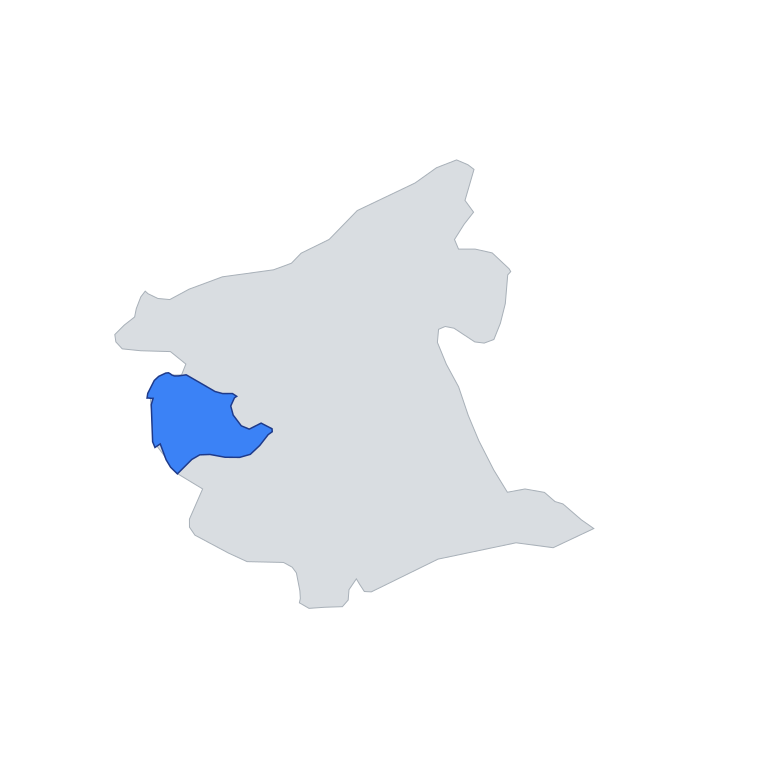 location of Plužine within Montenegro, rotated 302°
{"feature_id": "MNE-1515", "entity_name": "Plužine", "entity_type": "Municipality", "adm_level": 1, "iso_a3": "MNE", "parent_name": "Montenegro", "parent_adm1": "", "projection": "natural_earth1", "projection_center": [18.878, 43.143], "detail": "fine", "context": "in_parent", "style": "filled", "palette": "blue", "viewbox_px": 768, "rotation_deg": 302, "n_neighbors": 0, "source": "natural_earth", "source_scale": "10m", "svg_char_len": 1889}
<svg xmlns="http://www.w3.org/2000/svg" viewBox="0 0 768 768"><g transform="rotate(302 384 384)"><path d="M336.2,132.3L335.5,136.0L336.7,146.9L342.1,157.6L361.2,168.5L389.2,190.1L422.3,229.8L437.4,241.5L451.0,244.4L477.6,260.9L496.1,264.9L516.9,269.4L570.9,303.8L595.2,313.9L612.5,326.8L614.4,339.0L613.7,346.6L582.6,355.4L577.2,368.9L562.1,367.3L543.9,367.2L537.9,375.7L546.7,389.8L552.5,406.3L548.0,429.0L546.5,431.9L542.1,431.1L516.4,444.3L497.2,450.5L480.0,453.6L471.8,447.3L467.8,438.7L468.4,413.8L465.2,405.4L459.3,401.3L447.6,407.2L433.8,426.4L421.1,448.8L402.0,472.1L386.2,494.4L369.2,522.7L357.6,546.0L369.7,559.2L377.1,577.5L374.9,591.3L377.1,599.3L373.4,623.3L372.6,638.5L334.8,614.2L319.3,580.1L264.1,522.6L201.0,483.4L197.6,477.3L201.1,469.7L204.1,463.8L191.0,463.3L181.8,468.1L173.1,466.7L163.3,452.1L154.0,439.3L153.6,428.2L157.8,426.7L164.1,422.2L177.4,409.8L180.0,403.2L179.4,393.3L160.8,362.0L158.2,341.7L155.6,303.8L159.5,294.9L166.3,290.6L198.9,285.8L198.5,256.4L200.5,247.6L206.9,235.3L211.1,224.1L229.2,208.1L253.7,189.0L264.4,188.5L273.8,191.1L284.4,207.5L295.9,205.4L298.3,185.7L283.2,159.9L275.1,143.4L277.6,134.3L283.3,129.5L296.3,132.5L308.7,137.0L316.6,134.0L329.0,131.6L336.2,132.3Z" fill="#d9dde1" stroke="#a8b0b8" stroke-width="1"/><path d="M265.3,187.3L271.1,188.9L277.6,193.1L279.3,195.3L279.4,197.3L279.2,199.5L279.8,202.1L282.0,205.5L286.9,211.3L287.0,211.6L287.2,217.9L287.8,235.5L288.1,244.7L290.4,252.3L295.6,260.5L295.5,265.6L293.0,264.5L284.1,265.7L277.7,272.6L272.9,285.1L274.3,293.6L285.7,300.5L286.7,312.8L284.3,314.5L279.7,312.6L266.0,311.2L253.5,307.9L245.3,300.5L237.7,288.1L232.0,273.7L226.3,265.3L218.2,261.0L202.6,257.4L198.3,256.4L200.3,247.2L204.2,239.5L214.6,226.0L208.8,223.4L212.4,218.4L243.1,197.6L249.5,195.8L248.7,194.6L247.3,191.7L246.5,190.5L250.9,188.6L265.3,187.3Z" fill="#3b82f6" stroke="#1e3a8a" stroke-width="1.5"/></g></svg>